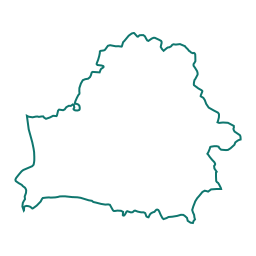 outline of Belarus
{"feature_id": "BLR", "entity_name": "Belarus", "entity_type": "country or territory", "adm_level": 0, "iso_a3": "BLR", "parent_name": "Europe", "parent_adm1": "", "projection": "orthographic", "projection_center": [28.129, 53.705], "detail": "fine", "context": "isolated", "style": "outline", "palette": "teal", "viewbox_px": 256, "rotation_deg": 0, "n_neighbors": 0, "source": "natural_earth", "source_scale": "50m", "svg_char_len": 3759}
<svg xmlns="http://www.w3.org/2000/svg" viewBox="0 0 256 256"><path d="M221.1,189.0L216.5,189.0L211.1,189.4L208.1,191.6L206.9,191.2L204.7,190.7L202.4,192.0L199.3,195.8L197.2,198.2L195.2,201.4L194.6,203.1L193.3,206.4L192.2,210.0L193.0,212.5L194.1,214.9L194.4,217.4L195.0,219.4L193.6,220.9L192.9,223.0L190.6,222.7L187.7,220.8L187.0,217.9L184.8,215.9L183.3,214.9L180.9,214.8L177.2,215.9L172.3,216.7L168.5,217.0L166.5,218.1L163.5,219.1L162.3,217.9L160.6,214.7L159.2,211.4L158.3,210.0L157.4,209.6L156.4,209.7L155.3,210.8L154.4,211.9L153.2,212.2L151.3,213.1L150.0,214.3L148.5,217.3L147.5,217.1L146.4,216.4L145.2,213.1L143.6,212.3L141.0,212.3L137.7,211.6L135.1,210.6L134.2,210.8L132.6,212.2L130.9,212.4L127.2,211.2L126.5,211.7L125.5,213.6L124.3,215.4L123.3,215.6L122.8,215.1L123.1,211.9L121.0,210.8L117.4,210.6L114.8,211.0L113.6,210.9L112.9,210.2L109.9,204.8L108.2,204.4L105.3,204.6L101.0,203.9L96.0,202.6L93.3,202.0L91.9,200.8L88.8,200.3L80.6,197.8L77.3,197.3L72.3,197.1L64.8,196.3L59.9,196.4L57.7,197.0L55.1,197.4L50.7,197.6L48.9,197.4L46.1,197.6L42.8,198.0L41.9,199.1L40.7,201.5L36.7,205.6L33.0,208.3L32.3,208.5L30.3,206.8L28.6,206.2L26.5,205.9L25.0,206.3L24.1,207.0L24.0,210.3L23.8,210.6L22.4,206.5L22.8,203.0L23.8,201.0L25.0,199.2L24.7,196.5L26.0,192.9L26.2,190.3L25.8,189.1L25.0,187.7L22.8,186.1L21.8,184.9L18.8,183.2L15.8,181.1L15.4,179.9L15.6,179.1L16.2,177.9L18.8,174.6L21.6,171.3L23.3,170.0L32.2,166.2L33.6,164.7L34.1,162.1L34.3,160.2L34.3,156.9L34.1,152.1L33.6,148.7L32.3,142.4L28.7,129.3L26.9,115.8L28.6,116.7L32.6,117.3L35.8,116.6L37.5,116.5L38.9,116.9L41.2,116.5L43.2,116.4L44.2,117.7L46.0,118.8L49.8,117.5L53.1,115.8L56.5,116.1L57.0,115.2L58.1,110.6L59.1,109.6L63.1,110.2L64.7,109.4L66.3,107.2L68.8,105.8L70.8,105.9L72.9,104.4L73.9,105.5L74.3,107.5L73.5,109.0L73.8,109.6L75.2,110.4L77.7,110.5L79.3,109.9L79.7,109.0L79.7,107.4L79.4,105.9L78.4,104.6L76.5,103.8L75.1,103.8L74.9,102.9L75.4,101.2L76.8,98.0L78.3,95.1L79.3,94.0L79.5,93.0L79.3,91.2L79.4,88.0L80.9,83.5L82.8,80.2L85.2,79.2L88.1,78.7L90.0,77.1L90.9,75.3L91.3,73.8L91.8,72.4L92.7,71.9L99.6,72.4L100.7,69.5L101.3,68.7L102.7,67.9L103.6,66.9L103.3,66.1L101.6,65.5L97.4,65.0L96.6,64.0L96.9,62.9L98.1,59.9L99.2,56.1L99.8,53.1L99.9,51.4L100.5,50.9L103.9,50.4L105.0,49.8L107.9,45.8L110.1,45.2L115.8,46.3L118.4,46.2L119.1,46.3L121.6,46.6L121.9,46.2L123.1,42.2L124.3,41.0L128.7,35.7L131.7,33.5L133.6,33.0L134.2,33.1L137.2,36.5L137.9,36.7L139.5,35.3L139.9,35.2L143.3,35.1L144.9,36.3L146.1,38.6L147.2,40.4L148.4,40.9L151.7,38.6L153.5,37.8L154.8,37.8L159.1,39.8L161.1,40.9L161.6,41.9L161.6,43.1L161.1,45.0L160.7,46.9L162.1,49.2L163.6,50.8L166.8,48.1L168.0,47.4L169.3,47.3L171.1,46.3L172.3,44.8L173.5,44.3L175.8,44.6L180.0,44.1L185.0,46.2L185.4,46.9L188.0,49.5L188.9,50.8L189.7,51.2L191.1,52.5L192.8,53.2L194.0,52.9L194.6,53.3L195.2,54.3L195.3,56.1L195.4,61.1L194.6,62.6L193.7,63.8L193.5,64.7L193.6,65.8L195.1,67.9L197.1,71.2L197.6,73.1L197.6,74.6L195.3,79.0L194.5,80.0L194.0,82.2L193.8,84.3L194.0,85.2L198.3,88.4L201.5,90.2L202.3,91.0L202.3,91.6L200.8,95.3L200.7,96.3L203.3,97.8L204.8,100.1L206.2,103.9L208.7,107.6L214.0,110.6L217.9,112.6L218.7,113.6L219.0,114.7L218.9,117.3L218.1,120.5L217.5,122.3L219.1,122.9L223.0,122.5L227.9,122.8L233.8,125.9L233.9,127.5L233.4,128.9L233.9,130.4L234.6,131.6L239.9,135.2L240.4,136.3L240.6,138.1L240.6,139.5L239.2,139.9L237.7,140.6L235.3,142.4L234.4,144.8L230.5,148.3L228.0,149.9L226.0,150.1L221.1,149.7L219.4,148.2L218.6,146.7L216.7,146.2L214.2,146.2L210.9,146.7L210.2,147.1L209.7,148.9L208.4,152.1L207.4,153.8L208.3,154.8L209.8,157.0L212.0,159.7L214.3,162.1L215.1,163.6L215.1,164.6L214.1,166.0L214.4,168.5L216.7,171.8L216.0,172.4L216.0,176.6L216.2,181.0L216.9,182.1L218.1,182.9L219.1,184.5L220.9,188.1L221.1,189.0Z" fill="none" stroke="#0f766e" stroke-width="2"/></svg>